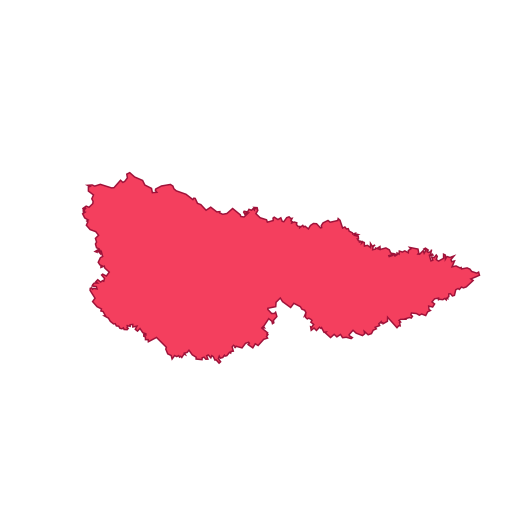 Dinajpur, Rangpur, Bangladesh, rotated 317°
{"feature_id": "16705992B66423446659680", "entity_name": "Dinajpur", "entity_type": "district", "adm_level": 2, "iso_a3": "BGD", "parent_name": "Bangladesh", "parent_adm1": "Rangpur", "projection": "natural_earth1", "projection_center": [88.877, 25.643], "detail": "fine", "context": "isolated", "style": "filled", "palette": "rose", "viewbox_px": 512, "rotation_deg": 317, "n_neighbors": 0, "source": "geoboundaries", "source_scale": "gbopen_adm2", "svg_char_len": 6163}
<svg xmlns="http://www.w3.org/2000/svg" viewBox="0 0 512 512"><g transform="rotate(317 256 256)"><path d="M184.6,92.3L181.1,89.5L182.0,91.9L180.5,91.2L177.7,94.2L178.8,100.5L174.9,102.2L174.1,105.0L172.3,106.4L167.1,106.5L165.8,103.7L161.8,103.2L161.6,104.2L164.5,105.1L161.9,105.0L160.9,106.6L160.5,105.2L159.7,106.2L160.6,107.3L158.0,106.9L156.7,111.3L157.8,115.2L156.1,115.0L156.3,116.4L152.9,117.8L152.7,123.5L155.4,128.9L155.0,133.5L150.6,133.6L148.9,137.1L146.8,137.7L145.0,141.2L146.1,143.7L145.4,147.0L144.9,143.7L141.4,143.0L142.3,144.8L142.8,143.9L143.9,144.4L143.8,148.6L145.7,147.7L143.5,151.8L141.1,151.1L136.3,153.0L135.8,156.1L137.1,158.9L135.7,157.7L134.8,158.6L138.1,159.9L137.2,161.8L137.7,167.7L132.9,168.6L131.5,164.7L130.1,164.6L129.9,169.1L127.4,170.6L127.0,169.4L124.6,169.1L124.1,165.4L121.3,165.6L121.7,167.7L119.2,165.5L117.2,165.6L115.7,166.2L118.4,169.5L117.3,171.7L115.2,169.0L113.7,168.8L114.1,167.2L112.7,166.6L111.2,168.0L109.5,177.1L105.4,177.9L105.2,184.7L106.9,189.3L105.1,190.4L106.3,192.3L105.2,196.8L104.2,196.2L105.7,200.8L104.9,204.5L105.5,208.5L106.9,209.5L106.2,211.9L107.7,213.7L107.2,216.1L108.3,217.8L110.0,218.1L109.4,219.8L111.5,222.0L113.1,221.8L112.8,220.5L114.6,219.9L114.0,218.4L116.0,221.6L117.1,220.4L119.2,222.0L117.5,223.9L121.1,226.1L117.7,227.3L118.1,230.1L121.7,229.9L120.9,234.9L122.4,237.8L121.5,238.7L120.3,237.0L119.2,238.2L119.9,239.8L118.1,241.8L120.1,243.6L118.8,245.3L127.7,247.7L128.2,261.6L126.5,262.6L124.7,267.4L126.1,270.9L124.4,274.1L128.6,273.3L129.4,275.5L131.5,276.1L131.1,277.8L132.5,278.0L132.5,279.6L136.5,278.6L137.0,279.9L137.4,278.2L139.9,279.6L142.7,279.2L142.0,284.8L143.2,289.2L141.9,290.5L145.8,295.0L147.3,293.7L149.0,294.6L148.9,297.3L150.5,298.6L151.9,295.3L153.6,295.8L153.5,299.7L155.7,298.7L156.1,300.5L155.0,304.2L156.0,304.6L155.9,309.2L158.0,309.2L158.5,305.3L160.8,304.2L160.2,306.4L162.5,307.6L165.2,307.0L165.1,308.1L166.7,309.0L171.0,308.4L171.3,309.7L172.7,308.8L174.5,310.1L176.6,306.2L178.7,306.0L179.0,308.0L177.7,308.8L180.0,308.6L183.1,313.7L188.8,312.7L191.7,314.0L191.7,315.2L189.8,315.4L191.0,321.0L195.6,319.7L196.5,322.9L204.8,322.2L208.5,323.9L208.8,322.0L211.1,321.6L210.8,320.5L212.1,320.2L211.1,312.6L213.0,312.5L212.6,313.6L213.2,314.3L213.4,312.7L222.6,310.5L223.1,314.6L221.9,316.7L223.5,317.0L224.7,315.0L230.0,314.5L232.0,310.5L230.3,310.6L228.2,308.7L228.2,303.0L229.0,302.3L235.9,306.5L239.1,303.5L245.1,303.3L244.3,307.5L246.2,317.3L251.4,316.4L253.9,323.3L253.3,326.2L254.6,328.9L253.9,331.5L251.0,332.8L252.1,332.9L250.4,334.4L250.6,337.0L252.2,337.5L252.9,339.6L253.0,341.3L251.0,341.8L251.5,345.4L248.2,346.0L247.7,345.0L245.7,348.0L249.3,348.3L249.4,351.7L253.9,351.4L254.1,353.2L255.1,353.1L253.7,358.2L255.4,359.4L254.3,359.5L254.9,366.5L259.7,366.6L260.0,370.3L264.3,371.0L263.6,374.8L266.6,377.0L269.3,381.3L270.8,381.4L269.9,378.0L270.5,377.0L276.3,376.5L276.6,380.7L279.6,386.8L282.5,387.0L283.8,384.9L284.3,390.1L287.5,391.5L291.1,390.2L294.3,391.3L294.5,389.4L299.0,391.2L299.6,389.3L302.7,389.4L301.9,390.5L303.2,391.1L302.7,392.2L307.6,393.4L310.5,390.5L310.2,404.6L312.9,404.3L313.8,405.4L315.7,402.5L316.7,402.9L316.7,400.6L318.5,400.9L323.1,405.0L322.7,403.9L326.2,405.6L327.3,407.3L329.3,406.8L329.1,404.7L330.8,403.7L334.1,407.5L335.1,410.7L337.6,411.4L339.5,415.3L343.5,413.9L346.4,414.8L346.1,413.0L348.1,410.4L350.4,413.8L353.9,412.9L353.4,409.6L357.4,409.1L360.8,411.3L359.1,412.7L360.3,412.4L362.9,415.4L364.8,415.6L365.2,417.7L366.1,416.7L367.1,418.0L367.5,417.0L369.3,417.2L371.1,415.2L372.5,416.1L372.4,419.2L374.3,420.1L379.1,416.9L381.6,417.6L381.9,419.1L385.0,418.8L386.0,420.8L388.7,422.0L398.1,422.0L397.5,419.3L406.3,422.5L407.8,419.6L405.8,419.1L403.2,414.4L403.5,411.5L402.3,408.7L397.5,405.6L398.2,404.3L397.1,403.9L395.5,399.7L392.0,397.6L397.8,395.0L395.3,393.7L396.1,391.6L400.8,391.0L396.9,389.4L395.3,386.6L392.3,387.5L395.1,384.4L394.4,382.6L391.6,385.6L386.0,384.2L385.4,381.5L388.3,379.9L388.5,378.2L385.2,378.7L383.8,376.6L382.4,379.7L380.6,378.9L383.6,373.1L383.5,374.1L386.0,376.0L386.3,375.0L384.7,373.8L388.8,371.1L386.6,372.0L384.5,370.9L384.1,369.6L386.0,369.1L385.3,365.8L383.6,365.4L384.0,367.7L380.8,368.7L381.9,366.1L376.8,366.3L375.7,365.0L377.1,364.8L379.2,361.4L374.2,354.5L374.1,356.4L371.2,355.9L369.6,357.5L368.3,353.7L365.8,353.0L364.2,350.1L361.9,352.2L361.2,350.0L360.0,351.3L357.6,350.8L357.8,349.9L359.7,350.7L358.4,348.2L356.4,348.8L353.0,347.3L353.4,346.3L355.4,347.5L357.4,347.0L356.6,345.6L357.7,342.4L356.5,338.7L351.3,335.9L353.1,333.6L350.4,333.1L350.4,334.4L348.9,331.7L348.0,332.4L345.6,331.0L347.9,329.1L350.6,329.1L347.7,328.2L348.3,324.9L345.5,327.8L344.8,324.2L342.1,322.7L344.4,320.0L343.8,318.7L341.9,318.7L343.3,317.7L341.5,316.6L342.4,316.3L341.3,314.8L341.8,312.6L342.7,313.3L344.2,311.4L342.8,309.2L345.4,310.1L343.9,307.8L342.9,309.0L342.1,307.9L344.1,307.1L341.8,306.1L342.3,304.8L341.1,301.4L342.1,298.9L340.6,297.9L340.8,295.4L338.4,294.6L341.8,287.2L341.6,284.7L340.0,285.8L333.3,281.9L332.9,279.1L327.6,277.5L324.5,278.3L323.4,280.0L322.3,279.4L322.3,273.7L320.2,271.4L316.7,270.8L312.8,271.9L312.2,267.7L310.8,267.3L311.1,265.5L307.3,265.1L308.2,264.3L306.9,263.0L307.0,260.7L308.5,259.5L307.1,257.2L304.7,256.2L305.9,255.6L305.6,254.0L308.1,253.1L307.0,252.4L306.9,249.9L304.6,248.9L299.7,249.9L298.8,248.5L300.2,245.0L296.9,244.3L295.8,240.0L294.3,239.9L292.8,241.8L287.4,239.0L288.4,236.7L285.1,230.8L284.8,225.0L288.4,223.9L289.8,221.4L287.8,219.3L287.8,220.9L286.9,220.0L286.2,221.0L286.1,219.4L283.9,219.5L282.7,217.1L279.9,218.0L277.9,215.2L276.9,215.5L276.2,218.3L278.4,217.8L279.8,219.3L273.8,219.3L271.8,216.7L272.6,215.1L271.3,205.3L263.7,205.1L260.1,202.8L258.8,199.6L259.8,198.9L257.4,197.0L256.2,189.4L250.7,188.5L250.7,180.8L249.1,177.6L250.8,172.4L250.0,171.3L248.3,171.7L246.9,163.1L242.1,153.9L241.8,150.8L242.9,148.2L242.2,145.3L234.6,140.3L228.3,138.6L227.2,139.3L226.9,141.8L223.4,139.0L225.7,135.3L223.1,128.3L224.6,123.4L221.1,115.4L220.5,108.9L217.3,108.0L215.2,111.2L210.9,111.9L208.8,111.4L208.6,108.2L198.7,109.2L196.8,107.7L191.0,97.4L185.7,94.9L184.6,92.3Z" fill="#f43f5e" stroke="#9f1239" stroke-width="1.5"/></g></svg>